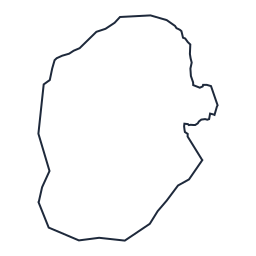 the district of Keffi, Nassarawa, Nigeria
{"feature_id": "59680162B35305934518280", "entity_name": "Keffi", "entity_type": "district", "adm_level": 2, "iso_a3": "NGA", "parent_name": "Nigeria", "parent_adm1": "Nassarawa", "projection": "orthographic", "projection_center": [7.867, 8.837], "detail": "fine", "context": "isolated", "style": "outline", "palette": "slate", "viewbox_px": 256, "rotation_deg": 0, "n_neighbors": 0, "source": "geoboundaries", "source_scale": "gbopen_adm2", "svg_char_len": 1005}
<svg xmlns="http://www.w3.org/2000/svg" viewBox="0 0 256 256"><path d="M150.5,15.4L120.0,17.0L114.6,22.8L105.5,28.8L96.4,31.8L79.6,48.2L73.7,50.7L69.1,53.7L62.2,55.7L56.7,58.2L54.6,60.2L52.2,68.5L49.8,80.0L43.7,84.4L38.4,133.7L49.5,171.0L42.1,187.2L38.8,201.8L38.5,202.1L48.7,227.6L78.9,240.4L99.1,237.8L124.8,240.6L149.8,223.8L157.7,211.1L166.7,200.6L178.0,185.5L189.0,179.4L202.3,160.1L202.1,159.9L187.6,136.5L187.7,133.9L184.9,132.0L184.5,129.7L184.1,126.3L184.4,123.7L187.9,124.1L188.8,125.1L190.7,124.8L193.4,125.0L195.2,125.0L197.8,123.3L198.9,121.5L201.3,119.6L205.1,119.1L207.3,119.7L209.1,119.1L210.1,113.6L213.3,114.4L214.5,114.9L216.9,106.6L217.6,105.3L211.0,86.1L206.9,84.9L203.1,84.9L202.7,86.4L199.8,87.7L195.0,85.8L193.2,85.1L193.1,82.4L190.9,76.0L190.4,68.6L191.7,62.6L190.6,58.3L189.9,54.0L190.3,44.5L187.8,42.1L185.2,38.5L183.0,37.7L182.1,33.9L181.4,31.1L180.0,29.9L178.1,28.9L176.5,28.2L175.0,25.9L173.7,25.0L166.7,20.1L150.5,15.4Z" fill="none" stroke="#1e293b" stroke-width="2"/></svg>